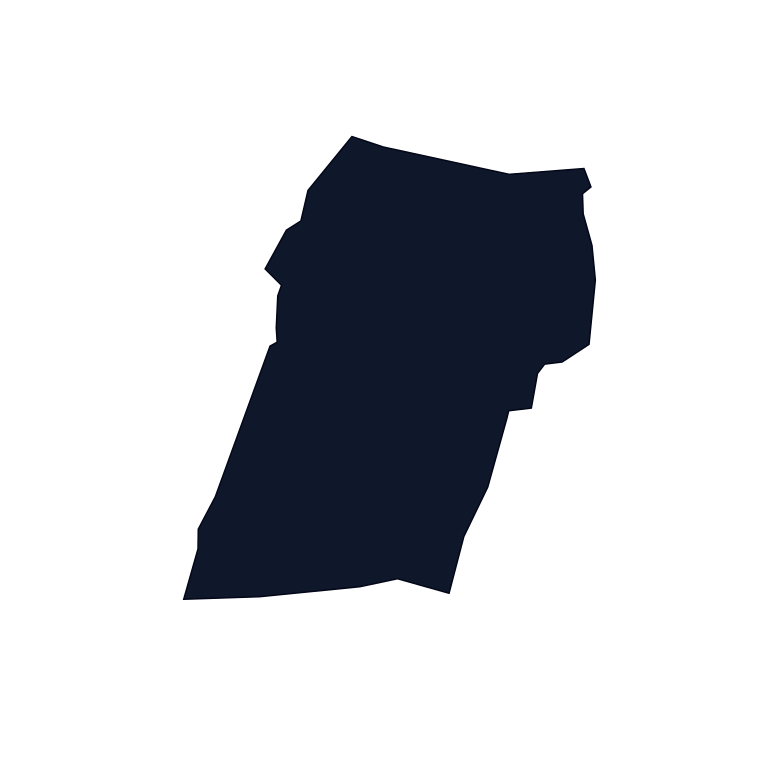 Wythe, Virginia, United States of America (Robinson projection), rotated 125°
{"feature_id": "52423323B95970621217609", "entity_name": "Wythe", "entity_type": "district", "adm_level": 2, "iso_a3": "USA", "parent_name": "United States of America", "parent_adm1": "Virginia", "projection": "robinson", "projection_center": [-81.09, 36.916], "detail": "fine", "context": "isolated", "style": "filled", "palette": "ink", "viewbox_px": 768, "rotation_deg": 125, "n_neighbors": 0, "source": "geoboundaries", "source_scale": "gbopen_adm2", "svg_char_len": 602}
<svg xmlns="http://www.w3.org/2000/svg" viewBox="0 0 768 768"><g transform="rotate(125 384 384)"><path d="M675.2,424.6L629.6,363.9L563.8,287.4L535.8,261.3L518.1,210.7L463.2,231.1L408.9,239.9L341.2,263.8L334.4,266.5L319.2,249.5L287.3,264.3L275.6,263.8L263.8,250.7L233.9,238.8L177.6,270.5L151.2,293.1L130.3,318.5L114.3,330.5L103.9,327.5L92.8,343.8L140.5,401.8L190.3,520.6L199.7,552.2L269.0,557.3L298.1,545.6L313.9,552.2L357.9,547.4L361.9,524.6L372.7,521.6L399.9,504.4L411.0,495.5L418.3,499.1L573.1,457.5L609.4,452.9L625.7,441.8L675.2,424.6Z" fill="#0f172a" stroke="#020617" stroke-width="1.5"/></g></svg>